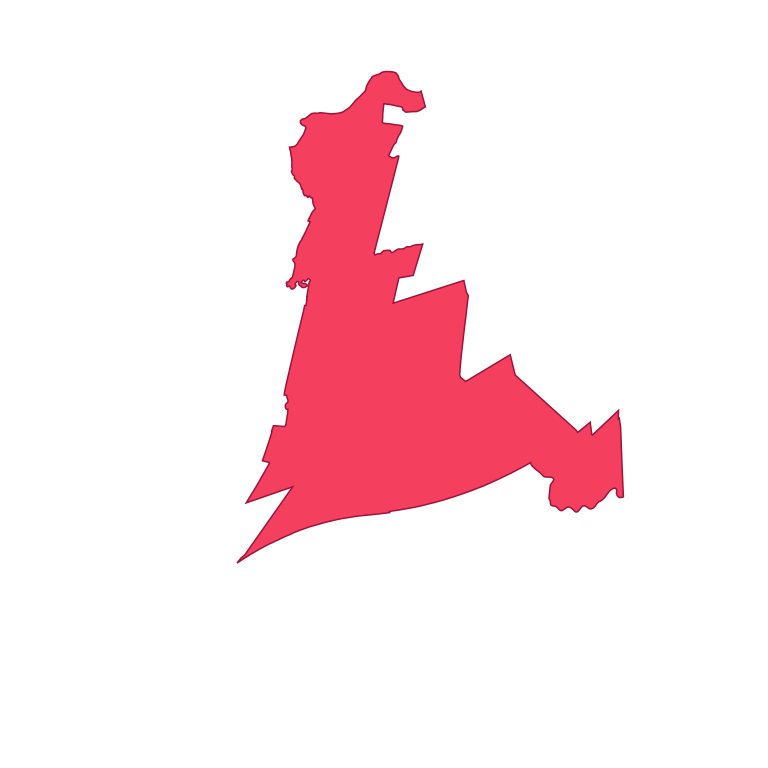 outline of Ciorogarla, Giurgiu, Romania, rotated 136°
{"feature_id": "2599482B38423269325251", "entity_name": "Ciorogarla", "entity_type": "district", "adm_level": 2, "iso_a3": "ROU", "parent_name": "Romania", "parent_adm1": "Giurgiu", "projection": "robinson", "projection_center": [25.874, 44.434], "detail": "fine", "context": "isolated", "style": "filled", "palette": "rose", "viewbox_px": 768, "rotation_deg": 136, "n_neighbors": 0, "source": "geoboundaries", "source_scale": "gbopen_adm2", "svg_char_len": 6171}
<svg xmlns="http://www.w3.org/2000/svg" viewBox="0 0 768 768"><g transform="rotate(136 384 384)"><path d="M261.1,631.5L262.6,630.1L263.0,627.5L261.7,624.1L262.1,622.6L264.8,621.2L268.5,619.5L276.9,617.7L279.5,616.9L282.0,616.8L283.6,617.2L287.5,620.0L289.9,616.0L293.0,611.6L293.6,610.4L295.1,608.9L295.2,608.4L295.7,608.0L299.8,604.0L300.1,603.0L301.4,601.9L302.4,601.5L303.2,601.0L303.8,598.9L304.2,597.5L303.8,596.5L303.9,596.0L304.4,595.3L305.5,594.5L305.7,593.4L305.7,589.5L305.3,587.7L305.6,586.4L305.6,585.5L306.9,583.2L307.4,582.2L307.2,581.7L307.9,581.3L307.4,580.5L307.5,579.9L308.9,578.4L309.8,576.6L310.2,575.0L310.2,574.4L308.8,573.5L308.7,573.2L309.2,572.2L309.4,571.5L308.8,571.0L307.5,571.3L307.1,571.2L306.8,570.9L306.8,570.7L307.4,569.6L307.2,568.8L306.3,567.5L308.8,564.3L309.5,563.4L310.1,562.2L310.7,560.7L311.5,557.8L314.0,557.7L316.4,557.4L317.5,557.1L322.4,555.1L322.6,555.3L325.4,554.1L324.3,552.0L336.5,547.3L340.9,545.9L343.4,544.9L345.3,544.6L349.7,543.0L353.2,541.0L356.1,538.8L358.1,537.1L358.8,536.7L359.7,536.6L360.7,536.7L362.7,537.1L363.0,536.9L363.3,536.6L363.8,535.5L364.0,533.5L364.4,532.6L365.4,531.5L366.2,530.5L375.5,524.5L378.5,524.6L380.6,523.9L382.4,524.2L383.4,525.0L384.4,524.2L384.4,523.6L384.6,523.0L385.2,522.9L385.6,522.7L385.8,522.2L386.0,521.6L385.9,521.1L385.7,520.8L384.2,520.3L384.0,519.8L384.2,519.1L384.5,518.4L384.6,517.4L384.5,516.8L384.3,516.2L383.6,515.8L382.7,515.4L382.0,515.4L380.6,515.4L379.5,515.6L378.7,516.2L378.6,517.5L378.1,518.0L377.3,518.1L376.8,518.0L375.4,518.2L374.4,517.2L374.3,516.7L375.8,515.3L376.1,514.5L376.2,513.6L375.9,511.7L375.9,511.0L375.4,509.7L374.1,508.6L372.3,508.0L371.1,508.0L370.7,508.3L370.5,508.8L370.6,510.1L371.0,511.2L372.7,513.2L373.2,514.1L373.2,514.5L371.8,514.8L370.6,514.8L369.8,514.7L369.5,514.5L369.5,513.9L369.7,513.3L369.7,512.7L369.3,512.5L368.4,512.3L365.9,512.4L365.2,512.2L364.9,511.7L364.9,510.2L365.0,509.8L365.5,509.4L366.7,509.2L368.0,508.7L368.3,508.4L368.4,508.2L378.9,500.4L378.6,500.2L381.2,498.3L381.0,498.1L385.5,494.8L386.5,495.6L393.2,491.1L407.0,482.4L422.8,472.3L455.4,451.2L460.2,447.9L463.5,445.4L462.4,444.1L462.2,443.6L462.2,442.9L462.4,442.6L462.7,442.2L463.1,441.8L463.4,441.3L464.2,439.2L465.2,438.1L465.5,437.9L466.1,437.8L468.0,437.8L468.6,437.7L469.1,437.6L469.9,437.1L470.7,436.3L471.3,435.6L471.7,434.7L471.8,434.1L471.7,433.6L471.4,433.1L470.7,432.6L474.0,429.6L477.3,427.2L481.7,423.8L483.5,422.6L484.3,422.4L485.2,422.8L486.2,423.8L492.5,430.8L497.2,428.4L497.9,427.9L497.7,427.6L498.1,427.3L507.6,422.1L524.8,413.2L521.7,408.3L521.3,406.6L546.9,399.1L565.7,394.2L521.1,373.5L603.3,357.7L607.3,358.2L614.1,357.3L606.8,355.9L598.1,354.1L589.1,351.9L579.5,349.2L562.2,343.4L555.0,340.6L552.7,339.9L546.7,337.5L536.6,332.9L524.6,326.5L522.2,325.2L512.3,319.3L508.2,316.7L495.1,307.6L480.4,296.0L469.2,287.5L468.8,288.7L464.9,285.9L461.1,283.2L448.9,274.9L441.1,270.1L428.7,263.0L422.1,259.4L412.3,254.5L403.2,250.2L394.8,246.4L382.0,241.1L368.3,236.2L355.7,232.0L342.8,228.2L333.2,225.6L334.0,224.1L334.3,223.0L334.4,222.2L334.2,218.5L334.0,216.3L333.3,211.6L333.4,207.0L332.6,205.1L329.5,201.9L328.0,200.1L327.8,198.5L328.0,197.6L328.4,197.1L330.3,196.6L334.1,195.9L335.4,195.1L344.2,187.7L344.8,187.0L345.2,186.2L345.6,184.6L345.9,184.0L346.5,183.4L347.4,182.3L347.8,181.5L347.9,180.8L347.7,179.9L347.4,179.3L346.8,178.7L345.5,176.6L345.4,175.7L345.2,173.7L345.2,171.4L344.8,170.1L344.3,169.6L343.7,169.1L342.7,168.9L338.1,168.2L337.5,167.9L336.7,167.4L335.7,166.0L335.2,162.2L335.3,160.2L335.2,159.6L335.0,158.9L334.7,158.5L333.8,157.7L332.2,157.6L327.9,158.2L326.8,158.2L325.8,158.1L324.5,157.4L323.5,154.8L323.1,152.3L322.8,151.3L322.1,150.5L320.3,149.6L319.0,149.4L317.0,149.4L314.2,150.0L311.6,150.1L308.2,149.1L304.3,149.0L303.6,149.1L299.0,150.0L296.3,150.3L294.5,150.2L292.9,150.0L291.8,149.6L290.4,148.9L290.2,148.7L290.0,148.4L289.9,147.3L290.0,146.4L290.4,145.9L292.3,144.4L292.8,143.7L293.1,142.8L293.6,142.3L293.7,141.7L293.8,140.3L293.8,139.6L293.6,138.9L293.2,138.4L292.1,137.5L290.2,136.5L280.4,147.6L265.4,164.5L245.3,186.9L243.7,188.7L238.7,195.7L239.1,195.9L238.9,196.1L239.7,196.2L233.6,202.1L269.5,202.5L269.6,203.4L262.2,213.3L270.3,213.9L278.3,214.6L277.9,217.3L277.9,217.8L283.4,299.3L272.9,317.4L323.5,329.1L324.3,335.8L323.1,338.2L320.2,340.6L319.4,341.5L309.0,350.5L286.9,368.7L277.3,376.4L265.9,385.9L262.0,388.9L261.0,392.8L254.6,403.0L321.3,435.8L299.6,450.0L287.6,441.8L258.9,457.8L261.2,459.2L263.6,461.4L265.5,462.7L267.6,463.7L268.8,464.1L270.3,464.8L272.3,466.9L273.6,467.2L275.3,467.4L276.6,468.1L278.7,469.9L279.5,470.9L281.7,471.7L283.3,472.1L283.9,472.0L285.7,472.4L286.7,472.9L287.2,473.6L287.3,474.3L286.9,475.9L288.4,477.7L291.7,480.0L293.4,480.3L296.0,480.1L298.5,482.2L301.0,483.3L300.4,484.9L218.0,535.6L215.0,537.6L215.1,537.9L215.9,538.6L216.4,538.9L218.2,539.2L220.3,540.0L221.1,541.3L221.9,543.9L221.9,545.1L211.1,549.2L207.4,549.4L205.1,550.8L202.9,551.7L200.7,552.5L198.0,553.1L195.5,554.1L194.9,554.4L194.0,555.1L193.2,555.4L192.0,556.1L191.5,556.7L191.6,557.1L193.5,560.0L195.6,562.4L199.7,567.9L202.8,571.4L203.5,572.8L203.5,573.2L203.2,573.6L200.3,576.1L197.0,579.4L189.4,585.7L188.5,584.7L187.7,583.4L186.5,582.2L186.2,581.7L184.7,579.7L178.8,570.9L178.7,570.3L178.8,569.9L179.0,569.5L179.9,568.4L180.1,567.8L180.0,567.3L179.8,566.9L179.7,566.3L179.7,565.3L179.4,564.3L174.5,560.3L171.8,557.7L171.0,557.2L168.9,556.2L165.4,555.4L163.2,555.1L161.7,554.7L153.9,568.9L155.1,569.0L156.2,569.6L157.5,570.8L158.7,572.1L159.7,573.6L161.0,575.3L162.5,578.6L163.1,581.2L162.9,585.5L162.1,588.4L161.7,591.0L161.0,593.5L160.1,595.1L159.6,596.4L159.3,599.4L160.1,601.1L161.1,602.7L162.1,603.9L165.8,607.7L167.5,608.8L169.0,609.7L171.1,610.0L171.9,610.2L175.9,612.1L178.8,613.2L179.9,613.1L180.7,612.7L183.6,612.3L188.9,610.7L191.2,609.5L192.5,608.4L194.1,607.9L195.7,607.7L197.3,607.7L199.8,607.6L205.3,607.7L206.9,607.8L216.0,606.8L218.6,607.1L224.8,608.3L227.5,609.7L230.2,611.6L234.5,615.2L241.5,623.6L243.3,624.5L245.6,626.9L247.9,628.7L249.8,629.0L255.2,629.5L256.9,630.1L258.5,631.1L259.4,631.5L260.9,631.2L261.1,631.5Z" fill="#f43f5e" stroke="#9f1239" stroke-width="1.5"/></g></svg>